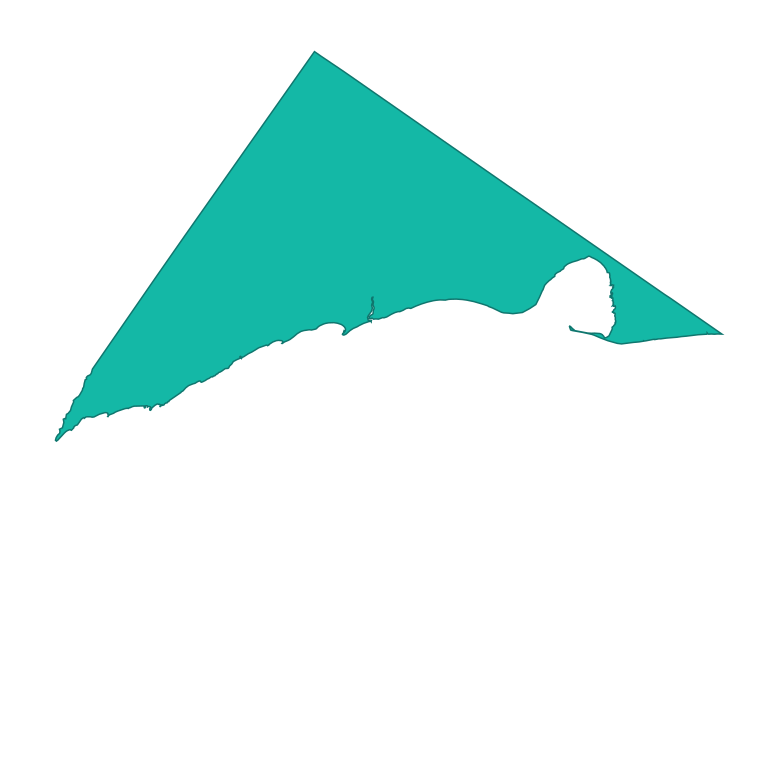 outline of Río Grande, Tierra del Fuego, Argentina, rotated 125°
{"feature_id": "61730980B7053808465014", "entity_name": "Río Grande", "entity_type": "district", "adm_level": 2, "iso_a3": "ARG", "parent_name": "Argentina", "parent_adm1": "Tierra del Fuego", "projection": "robinson", "projection_center": [-67.769, -53.608], "detail": "fine", "context": "isolated", "style": "filled", "palette": "teal", "viewbox_px": 768, "rotation_deg": 125, "n_neighbors": 0, "source": "geoboundaries", "source_scale": "gbopen_adm2", "svg_char_len": 6147}
<svg xmlns="http://www.w3.org/2000/svg" viewBox="0 0 768 768"><g transform="rotate(125 384 384)"><path d="M618.7,619.6L617.1,619.0L607.4,617.7L605.2,617.2L603.8,616.6L601.9,615.4L601.3,614.7L601.4,614.3L601.2,613.5L597.8,613.0L597.5,613.3L596.1,613.3L594.8,612.8L593.4,611.7L586.4,611.7L584.1,610.9L583.8,610.7L583.6,610.0L583.8,609.8L581.9,609.2L581.2,608.5L579.3,605.8L578.6,604.1L577.4,602.7L572.0,599.8L567.4,596.1L566.7,594.9L566.4,593.8L566.5,593.3L567.0,593.1L567.6,591.9L569.1,591.7L569.0,591.4L567.9,591.5L566.7,591.2L563.0,588.7L561.2,588.0L558.8,586.5L552.8,582.1L551.4,580.7L550.8,579.9L550.8,579.5L549.2,578.7L548.8,578.2L547.4,577.5L545.5,576.0L540.1,568.7L539.9,568.3L540.1,567.6L540.9,566.7L540.8,566.2L540.0,566.2L539.6,566.4L539.4,566.7L540.2,566.9L540.2,567.2L539.7,567.7L539.4,567.7L537.9,566.0L537.6,565.4L537.8,564.8L538.7,564.7L539.2,564.4L538.2,564.6L537.7,564.3L536.9,563.2L536.7,562.3L537.0,561.8L537.8,561.9L539.0,561.5L539.7,560.8L539.5,560.2L538.4,560.0L536.7,560.4L532.8,559.4L530.8,558.5L530.1,557.8L530.0,557.0L529.4,556.4L529.2,555.7L529.5,554.8L530.7,554.9L530.9,554.6L530.8,554.3L529.8,554.1L529.0,554.6L528.4,554.0L528.9,553.8L528.4,553.0L527.1,552.2L526.3,552.4L524.8,551.9L523.9,550.9L522.8,551.0L521.8,550.2L520.6,550.4L507.5,545.5L506.6,545.5L504.9,544.7L500.8,544.2L497.3,543.1L493.5,540.6L491.8,539.2L489.0,538.0L487.6,537.1L487.1,536.5L487.0,536.1L487.4,535.5L487.2,534.5L486.2,533.8L483.6,532.4L481.2,531.5L479.9,530.6L477.7,529.8L477.0,529.4L476.4,528.4L475.4,528.3L474.3,527.3L471.7,526.8L471.2,526.2L469.4,526.0L468.2,525.1L466.2,524.2L462.6,523.0L460.6,520.7L459.9,520.5L457.7,520.8L455.1,520.2L452.0,520.3L448.6,518.6L445.3,516.5L444.5,516.6L444.7,516.9L444.2,517.2L444.4,517.6L443.8,517.6L443.6,517.3L443.7,517.1L443.7,516.8L444.7,516.2L444.9,515.4L443.6,515.5L442.2,514.6L437.0,512.5L433.4,510.5L426.2,507.4L419.6,502.7L419.3,501.9L419.4,501.4L418.8,501.0L418.1,501.0L417.8,500.6L417.2,500.7L413.4,499.2L410.3,497.1L408.8,495.5L407.2,492.7L407.2,491.8L407.4,491.2L408.3,490.7L409.3,491.0L409.3,490.7L409.0,490.5L406.7,489.7L403.1,487.4L401.3,486.5L397.4,485.2L392.4,483.9L388.6,482.2L386.2,480.3L382.4,476.3L381.4,474.4L378.3,471.6L377.5,471.1L375.4,470.8L373.4,470.2L369.5,467.9L367.7,466.5L365.6,464.4L362.4,460.1L360.9,457.0L359.7,453.0L359.7,450.6L360.0,448.9L360.8,447.3L361.4,446.8L362.6,446.2L365.4,446.2L363.2,447.1L363.2,447.3L364.3,447.0L365.4,446.4L366.2,446.7L367.1,446.6L367.3,445.5L366.5,444.6L364.9,443.7L359.8,442.5L356.2,441.1L352.3,438.7L350.4,437.9L345.9,435.4L341.7,432.3L340.2,430.9L340.4,430.2L339.6,430.7L338.5,430.9L339.6,430.9L340.3,431.5L340.6,432.3L340.7,433.8L338.9,435.7L337.0,436.1L332.0,436.0L328.5,437.0L326.9,439.1L325.7,439.7L323.7,440.1L323.1,440.6L322.3,442.1L321.5,442.9L320.6,443.3L319.8,443.4L319.2,442.9L319.7,442.5L320.6,442.5L321.1,442.3L321.8,441.4L322.3,440.2L322.9,439.6L325.5,438.4L327.1,435.9L327.8,435.4L330.0,434.9L332.4,433.4L333.0,433.3L333.9,433.5L335.3,434.3L337.5,434.6L337.7,434.2L338.9,433.8L338.9,433.3L338.5,432.7L337.7,432.3L336.9,431.4L336.9,429.8L335.4,428.1L334.0,425.7L330.4,423.2L329.8,422.0L327.5,420.2L322.7,418.0L319.2,416.0L316.8,414.1L315.6,412.5L312.6,410.6L309.5,409.2L307.6,407.4L306.7,405.4L301.8,402.5L296.9,399.2L292.1,395.5L287.4,391.3L285.3,389.1L283.0,386.4L280.1,381.9L277.6,379.6L276.1,377.7L273.0,373.5L269.8,368.2L267.8,364.3L265.0,357.8L262.3,349.9L260.5,344.1L260.5,342.7L259.5,338.8L257.9,329.0L257.1,326.8L254.4,322.4L252.5,318.8L246.0,311.6L238.6,307.9L231.8,305.2L223.9,306.4L216.9,307.8L215.7,307.8L211.1,309.0L208.0,308.7L204.2,307.9L203.1,307.4L200.4,306.9L198.0,305.9L197.7,305.9L196.6,306.7L194.9,306.5L193.2,305.9L190.4,304.3L189.3,304.2L186.6,303.0L184.6,303.6L181.2,302.7L179.3,301.8L175.8,299.5L172.1,296.5L167.9,293.7L167.3,292.7L166.2,291.7L161.9,289.7L161.4,288.6L161.2,286.3L160.7,284.1L160.3,280.5L160.3,276.2L161.3,271.1L161.9,269.8L161.8,269.5L163.2,266.7L164.6,265.1L164.1,264.2L163.8,263.2L163.9,262.8L165.7,261.1L167.1,260.3L167.8,259.1L170.2,256.8L170.6,256.7L170.8,256.9L171.3,256.5L171.2,256.3L172.3,255.4L172.9,255.4L172.9,254.5L173.3,254.7L173.1,254.3L171.9,254.0L171.4,252.6L172.4,252.5L173.4,252.2L173.1,251.5L175.5,251.4L176.2,251.6L178.6,251.0L179.4,250.2L179.0,249.8L179.7,249.8L180.0,249.5L179.8,249.1L178.9,248.6L179.1,248.4L180.6,248.7L182.0,249.4L182.7,249.0L181.8,248.7L181.3,248.0L183.7,247.6L183.0,247.7L182.1,247.3L183.0,246.8L182.5,246.4L182.3,245.9L184.2,244.5L184.7,244.6L184.6,244.0L185.1,243.6L184.6,243.4L185.4,243.3L185.9,242.5L186.6,242.5L187.4,241.8L188.7,241.7L187.9,241.2L188.4,240.9L188.6,240.6L188.4,240.1L187.5,239.3L188.2,238.5L189.5,237.9L190.1,237.9L191.3,238.3L192.7,238.0L193.9,238.3L194.2,238.0L193.7,236.9L194.0,236.7L194.1,236.4L193.7,235.9L193.6,235.4L194.0,234.8L195.9,234.0L196.7,232.7L198.7,231.4L199.0,230.8L200.3,229.7L200.7,230.0L201.1,229.9L201.5,229.4L201.7,229.6L202.7,229.0L204.2,229.3L205.1,229.2L206.7,229.7L207.4,229.0L208.4,228.5L215.5,227.3L218.0,228.3L219.3,229.3L219.6,229.9L219.5,230.4L218.9,231.2L218.6,232.9L218.4,233.3L218.5,234.9L218.9,236.2L221.6,240.7L223.5,243.2L225.4,246.3L230.7,258.0L230.8,258.6L230.5,260.1L230.6,260.9L230.0,263.9L230.0,265.0L230.6,265.0L232.7,262.1L232.3,260.6L227.7,250.7L224.2,242.3L223.5,239.9L222.0,232.8L220.1,225.3L216.9,216.2L214.9,212.4L206.9,203.6L203.3,199.3L199.8,195.7L199.6,195.9L199.5,195.4L198.5,194.3L193.0,189.0L192.2,187.9L192.3,187.7L189.5,184.9L188.2,183.1L184.4,179.0L177.7,170.9L174.6,167.6L171.4,163.8L163.5,155.0L158.0,148.1L157.8,148.0L156.8,148.6L157.2,147.5L157.0,146.7L155.2,144.4L153.7,141.9L151.7,139.5L149.3,135.8L149.5,198.6L149.7,205.3L150.4,371.3L150.6,396.9L151.1,596.0L151.6,624.4L151.6,631.6L376.6,632.2L427.5,632.1L539.0,631.4L543.2,629.9L545.1,630.0L547.5,631.4L549.4,631.6L550.6,630.4L551.9,631.2L555.4,629.9L558.7,628.3L560.6,628.2L562.1,627.5L567.9,627.0L569.9,627.2L571.3,628.0L575.7,629.0L576.7,627.9L582.0,626.9L585.5,625.6L589.3,625.9L591.0,626.7L595.1,624.8L595.6,625.9L596.8,626.5L599.1,624.2L604.3,622.3L607.2,623.9L608.3,622.5L610.4,621.4L613.0,622.0L615.9,621.8L618.5,620.9L618.7,619.6Z" fill="#14b8a6" stroke="#0f766e" stroke-width="1.5"/></g></svg>